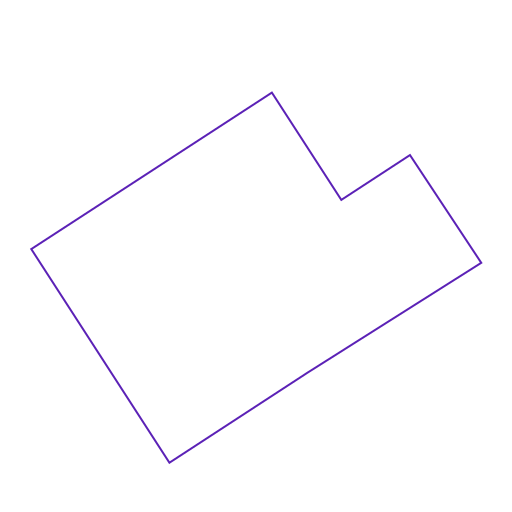 Kimble, Texas, United States of America, rotated 327°
{"feature_id": "52423323B85125570419162", "entity_name": "Kimble", "entity_type": "district", "adm_level": 2, "iso_a3": "USA", "parent_name": "United States of America", "parent_adm1": "Texas", "projection": "equal_earth", "projection_center": [-99.608, 30.499], "detail": "fine", "context": "isolated", "style": "outline", "palette": "violet", "viewbox_px": 512, "rotation_deg": 327, "n_neighbors": 0, "source": "geoboundaries", "source_scale": "gbopen_adm2", "svg_char_len": 260}
<svg xmlns="http://www.w3.org/2000/svg" viewBox="0 0 512 512"><g transform="rotate(327 256 256)"><path d="M441.2,384.4L440.1,255.2L358.1,255.4L358.3,127.6L71.3,127.8L70.8,382.2L235.5,381.9L441.2,384.4Z" fill="none" stroke="#5b21b6" stroke-width="2"/></g></svg>